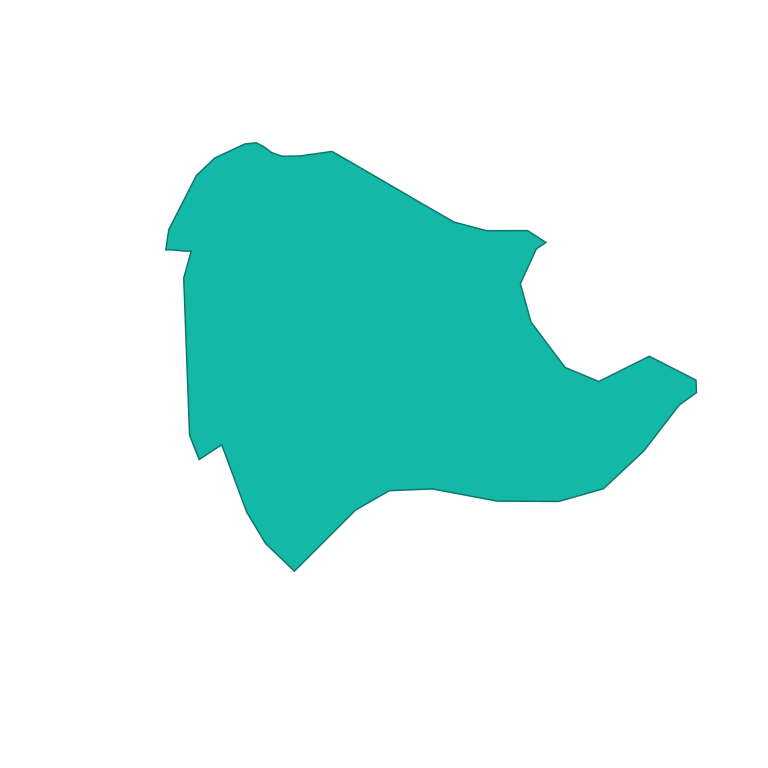 the border of Plužine, rotated 302°
{"feature_id": "MNE-1515", "entity_name": "Plužine", "entity_type": "Municipality", "adm_level": 1, "iso_a3": "MNE", "parent_name": "Montenegro", "parent_adm1": "", "projection": "natural_earth1", "projection_center": [18.878, 43.143], "detail": "fine", "context": "isolated", "style": "filled", "palette": "teal", "viewbox_px": 768, "rotation_deg": 302, "n_neighbors": 0, "source": "natural_earth", "source_scale": "10m", "svg_char_len": 735}
<svg xmlns="http://www.w3.org/2000/svg" viewBox="0 0 768 768"><g transform="rotate(302 384 384)"><path d="M461.5,114.4L486.3,120.9L513.7,138.7L520.9,147.9L521.5,156.8L520.7,166.0L523.1,176.8L532.4,191.3L553.2,216.1L553.7,217.3L553.7,217.7L554.7,243.8L557.0,318.7L558.4,357.4L568.3,389.7L590.2,424.5L589.8,446.3L579.3,441.6L541.3,446.5L514.3,476.0L494.0,528.9L499.9,564.8L548.1,594.3L552.6,646.5L542.3,653.6L522.7,645.5L464.7,639.8L411.5,625.6L376.9,594.3L344.5,541.7L320.6,480.6L296.4,445.1L262.1,426.7L196.0,411.4L177.8,407.2L185.9,368.2L202.5,335.6L246.5,278.5L222.0,267.3L237.5,246.3L367.7,158.0L394.6,150.1L391.3,145.0L385.5,133.1L382.1,127.9L400.8,119.7L461.5,114.4Z" fill="#14b8a6" stroke="#0f766e" stroke-width="1.5"/></g></svg>